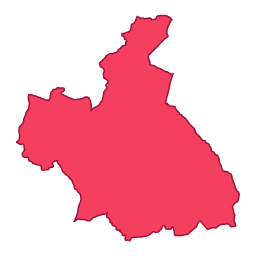 Demba, Kasaï-Occidental, Democratic Republic of the Congo
{"feature_id": "63176286B65160793690884", "entity_name": "Demba", "entity_type": "district", "adm_level": 2, "iso_a3": "COD", "parent_name": "Democratic Republic of the Congo", "parent_adm1": "Kasaï-Occidental", "projection": "albers", "projection_center": [22.217, -5.237], "detail": "fine", "context": "isolated", "style": "filled", "palette": "rose", "viewbox_px": 256, "rotation_deg": 0, "n_neighbors": 0, "source": "geoboundaries", "source_scale": "gbopen_adm2", "svg_char_len": 5776}
<svg xmlns="http://www.w3.org/2000/svg" viewBox="0 0 256 256"><path d="M162.3,15.7L160.4,15.4L160.0,15.7L157.5,16.0L157.0,16.4L155.8,18.7L155.1,19.1L152.3,19.7L151.5,19.5L151.1,18.6L150.6,18.7L149.8,17.9L148.8,18.0L147.7,18.7L146.8,18.2L144.9,18.9L143.7,18.1L143.1,18.0L141.7,18.3L140.5,18.3L139.5,17.4L137.7,17.0L137.1,16.6L136.6,17.4L135.8,20.7L134.8,21.9L134.2,22.9L132.8,23.8L131.7,24.3L131.3,24.9L131.2,27.1L130.6,29.9L130.2,30.6L129.3,31.4L128.2,32.0L127.0,32.2L124.7,33.4L122.2,33.4L121.8,34.0L121.9,35.1L122.2,35.9L123.3,36.1L123.8,36.5L124.7,39.2L126.1,39.3L126.3,40.3L126.0,41.0L126.6,41.8L125.7,42.8L125.7,45.1L122.6,45.9L121.7,46.6L120.0,48.7L118.4,49.6L117.3,51.7L116.3,52.4L113.3,53.3L112.4,54.0L111.1,53.5L109.7,53.7L108.1,54.8L107.2,55.1L106.2,55.8L105.3,57.6L102.7,59.9L101.4,61.7L100.7,61.8L99.5,63.5L100.0,65.6L100.5,66.8L101.9,67.4L102.7,68.0L103.7,68.9L104.2,69.9L104.2,71.2L103.5,73.0L103.4,74.8L104.0,78.1L105.2,78.8L106.5,79.5L107.3,80.0L108.2,80.9L108.1,81.3L107.7,82.9L106.8,83.7L106.0,84.7L105.8,85.2L106.5,86.6L106.6,88.5L106.0,89.5L104.3,91.2L103.8,92.5L103.1,97.1L101.8,101.3L101.1,101.8L99.5,104.5L98.4,105.7L93.6,108.1L91.8,109.4L91.4,110.0L91.1,104.2L90.2,100.7L88.7,97.6L87.0,97.0L85.9,97.0L85.0,97.1L82.7,98.4L79.2,99.2L77.8,99.3L75.7,99.6L74.1,99.6L72.7,99.1L70.7,98.3L68.5,97.5L63.3,94.9L61.9,94.4L61.2,93.6L61.1,92.5L61.8,91.8L62.9,91.5L63.7,91.1L64.3,90.2L64.2,88.9L63.9,88.3L63.3,88.0L61.2,88.0L60.5,88.1L59.8,88.1L58.2,87.6L57.4,87.7L55.8,89.2L55.2,89.4L53.1,89.5L52.4,91.0L51.4,91.7L50.9,92.7L50.7,95.1L50.2,96.2L50.4,97.9L49.1,100.0L46.5,100.1L45.8,99.9L45.1,99.8L44.2,99.3L42.1,98.7L41.2,98.4L40.2,97.6L39.5,97.5L38.7,97.3L36.9,96.5L33.1,95.4L32.0,94.9L31.0,94.7L29.5,94.7L28.7,94.8L28.3,97.4L28.5,99.4L29.3,102.5L29.1,106.4L28.7,108.5L26.1,112.5L25.5,114.9L23.7,119.3L23.8,120.1L22.7,123.4L19.2,127.3L18.9,131.6L19.6,134.1L19.6,136.8L19.3,138.8L18.8,140.3L16.9,141.6L16.8,142.5L17.6,142.7L20.0,144.3L21.2,144.6L22.1,143.9L23.2,144.1L24.1,145.1L24.0,147.0L24.6,150.2L22.7,152.7L22.2,154.1L22.3,155.3L23.1,156.5L24.6,157.4L26.3,157.5L27.5,157.0L28.1,157.0L28.9,160.5L29.4,161.0L31.5,161.6L32.8,163.4L33.4,163.7L35.4,163.7L36.4,164.7L39.3,164.9L40.5,165.5L41.3,166.4L41.3,168.4L41.7,169.6L42.7,170.3L45.2,169.8L47.7,169.7L48.6,169.4L49.6,167.3L51.1,167.4L52.6,167.3L53.2,166.7L53.2,165.0L52.4,163.5L52.8,162.6L53.4,162.0L54.2,161.4L57.3,160.6L57.2,161.4L58.3,163.8L59.7,165.0L60.0,165.9L61.6,168.4L62.3,170.8L63.1,172.0L65.7,174.5L67.8,175.7L70.0,178.8L71.6,179.8L72.8,183.0L74.2,185.6L74.3,187.9L75.0,189.1L76.2,189.5L76.9,190.0L77.4,191.3L78.1,192.2L79.8,193.5L80.5,195.1L81.0,198.1L81.0,199.5L80.7,201.2L79.2,204.7L78.2,208.5L77.9,211.4L76.5,216.1L74.7,220.6L73.6,222.0L77.1,219.4L78.3,219.1L79.4,219.1L80.4,219.4L84.7,219.6L87.5,220.7L89.2,220.9L90.2,220.5L91.5,219.3L92.1,218.4L93.5,217.5L95.1,217.0L96.5,216.3L98.2,215.7L100.8,215.0L102.4,214.2L103.8,214.3L104.7,214.1L106.1,213.7L107.1,213.1L106.6,216.7L107.0,217.5L108.5,217.9L110.0,220.0L109.8,221.4L109.9,222.0L111.4,222.4L111.9,223.0L112.0,223.4L111.6,223.6L112.2,224.4L112.4,225.4L115.6,226.6L116.3,228.1L116.2,229.2L116.5,229.7L117.4,229.7L117.7,230.2L119.3,230.3L119.1,230.4L119.3,230.9L122.1,233.1L122.4,234.1L122.2,234.9L122.4,235.3L123.4,235.4L124.0,235.8L125.1,235.2L125.6,235.3L125.6,236.9L125.1,238.5L125.4,239.7L126.1,240.5L127.7,240.0L128.3,240.1L128.7,240.5L129.9,240.6L130.5,239.4L131.3,238.1L132.7,237.4L136.8,237.3L138.6,237.0L140.3,237.0L142.6,236.7L146.9,235.9L149.5,234.7L150.4,234.2L151.7,232.8L152.7,232.0L153.3,231.7L155.7,232.3L156.9,232.4L158.1,232.0L161.4,229.1L162.0,227.8L162.2,226.7L162.8,225.9L163.6,225.6L164.3,225.6L165.0,226.5L165.1,227.9L165.9,228.9L168.6,229.2L170.5,229.2L171.2,228.8L171.6,228.2L171.7,227.3L172.1,226.8L172.7,226.8L173.3,227.6L174.0,230.2L174.5,234.6L175.0,235.2L175.5,235.4L177.2,235.5L179.7,235.6L183.4,235.2L184.6,234.7L186.6,234.5L188.0,234.2L188.8,233.5L190.7,231.4L196.2,227.0L197.1,225.6L197.3,224.3L198.4,222.3L199.0,221.6L200.8,221.3L207.3,229.3L209.6,228.8L210.3,228.3L211.2,228.3L212.0,227.7L215.9,227.9L217.0,227.0L217.8,226.8L218.4,225.9L220.8,224.4L222.2,224.5L223.2,224.1L224.8,224.3L226.6,223.7L229.0,224.3L231.1,226.8L235.6,226.1L235.3,223.3L234.2,221.7L234.0,220.2L234.8,215.7L234.7,214.5L233.5,213.1L233.7,212.5L233.5,211.2L232.5,207.3L232.7,206.1L233.8,204.2L235.8,202.4L237.2,201.7L238.1,200.5L239.0,196.2L239.2,194.3L238.9,193.2L238.6,192.4L236.9,190.7L235.2,187.4L233.9,183.0L232.6,180.1L231.6,175.3L230.8,173.9L229.0,173.3L227.8,171.9L223.8,171.1L222.7,170.5L221.7,168.7L221.2,165.8L219.6,162.8L219.0,158.3L218.0,156.8L217.5,155.4L215.1,154.3L213.7,152.0L213.0,152.1L212.5,151.9L211.3,150.1L210.5,146.9L209.4,145.8L209.0,144.3L208.0,143.6L206.1,142.9L205.7,142.1L205.0,140.8L203.1,140.5L201.3,139.1L200.7,137.8L197.1,134.2L195.6,132.4L195.3,130.9L194.8,130.4L194.6,129.2L193.9,128.0L192.9,127.7L191.6,126.0L189.4,124.0L188.4,122.1L187.8,122.0L187.4,121.4L187.4,120.6L186.9,120.5L186.0,119.0L185.1,118.1L182.3,116.4L181.4,114.6L180.0,114.4L179.5,114.1L179.2,113.0L177.5,110.9L176.3,110.0L175.2,107.1L174.5,106.6L172.6,106.4L172.0,106.1L170.8,106.4L170.3,106.0L169.5,105.9L168.6,104.9L167.9,105.0L167.4,103.6L166.9,103.2L165.6,103.7L165.3,103.3L168.2,91.8L169.3,87.5L169.9,83.9L171.4,78.6L172.0,76.9L172.3,75.3L173.0,73.9L171.5,74.1L169.0,73.1L167.7,72.1L164.0,71.0L160.7,68.8L158.1,68.1L155.0,66.2L153.3,65.4L151.5,65.3L150.1,64.4L149.8,61.6L148.7,58.8L148.3,57.6L148.3,56.5L148.8,54.9L150.2,53.8L154.5,49.3L157.7,46.3L160.2,43.5L162.5,41.2L163.9,39.5L165.5,38.4L168.0,36.4L167.7,35.1L166.9,33.7L166.9,31.2L167.1,28.9L169.8,22.7L171.7,19.8L171.1,19.7L171.2,18.8L169.8,17.3L168.5,16.8L167.6,16.6L166.6,15.6L165.2,15.9L164.1,15.4L162.3,15.7Z" fill="#f43f5e" stroke="#9f1239" stroke-width="1.5"/></svg>